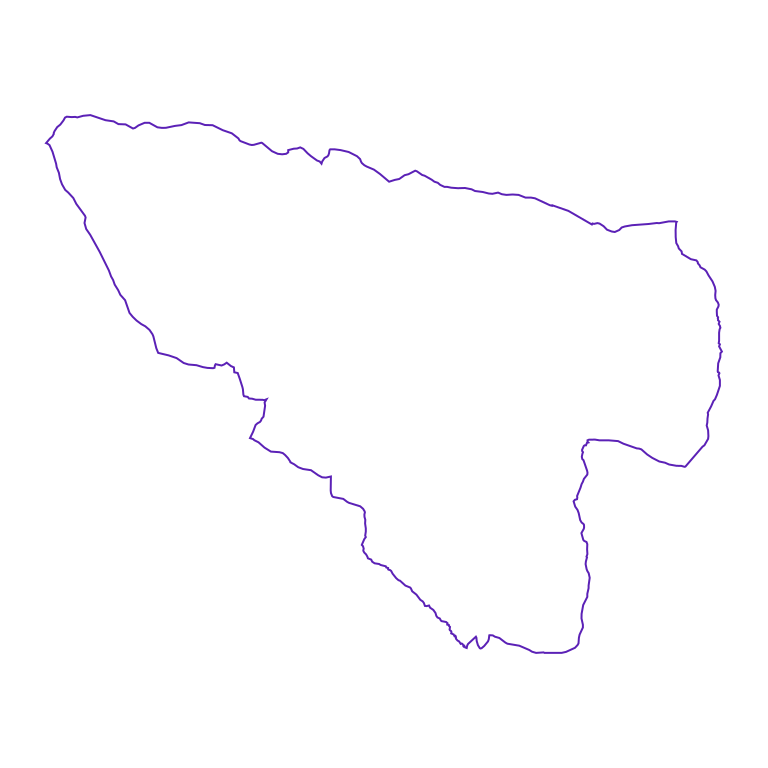 outline of Barsau, Satu Mare, Romania
{"feature_id": "2599482B93689648054040", "entity_name": "Barsau", "entity_type": "district", "adm_level": 2, "iso_a3": "ROU", "parent_name": "Romania", "parent_adm1": "Satu Mare", "projection": "albers", "projection_center": [23.225, 47.589], "detail": "fine", "context": "isolated", "style": "outline", "palette": "violet", "viewbox_px": 768, "rotation_deg": 0, "n_neighbors": 0, "source": "geoboundaries", "source_scale": "gbopen_adm2", "svg_char_len": 6093}
<svg xmlns="http://www.w3.org/2000/svg" viewBox="0 0 768 768"><path d="M587.0,557.3L586.5,556.7L587.4,554.1L587.1,549.4L587.3,544.2L586.5,542.0L584.2,540.9L583.3,539.9L581.4,533.1L583.8,528.8L584.1,527.3L584.0,524.9L583.5,524.0L581.6,522.5L580.2,520.1L578.7,513.1L577.5,509.9L575.2,506.6L573.6,501.3L574.9,499.8L577.0,499.2L577.3,497.6L577.1,496.0L580.5,487.7L581.6,484.1L582.9,481.7L583.9,478.9L587.3,474.6L587.5,472.7L587.1,470.7L583.5,460.2L582.3,459.1L581.8,456.8L582.4,453.8L583.0,452.2L582.1,450.9L582.1,449.8L583.8,446.0L584.6,445.3L586.0,445.3L586.9,442.9L588.3,442.5L587.5,441.7L587.5,440.3L588.9,439.7L595.0,439.6L599.3,440.3L608.3,440.3L618.1,441.1L623.4,443.7L636.8,448.4L639.1,448.6L641.4,449.4L647.2,454.5L652.3,457.9L659.3,461.5L665.0,462.7L669.1,464.5L676.5,465.8L681.4,465.9L684.5,466.8L685.4,466.6L702.5,446.7L704.4,445.3L708.1,438.9L708.4,436.1L708.1,430.3L706.7,425.5L707.3,422.7L707.5,418.5L708.1,414.3L707.7,412.8L711.1,406.4L713.5,400.9L715.0,399.3L716.9,394.9L719.9,385.9L719.9,380.0L718.5,375.4L719.4,373.2L719.1,372.6L718.0,372.2L717.7,371.3L718.2,363.3L720.3,357.3L720.4,353.2L721.9,351.6L719.1,346.4L719.9,344.3L718.7,343.2L719.1,340.9L719.1,332.7L719.6,329.3L720.4,327.8L720.1,327.2L720.1,326.2L718.7,323.9L719.5,321.7L718.0,320.2L718.1,319.1L717.8,318.4L718.1,317.3L717.0,315.8L716.8,311.8L716.8,309.6L718.4,306.5L718.7,304.8L717.9,302.5L716.0,300.1L715.4,298.2L715.2,295.0L715.6,290.9L714.8,286.8L712.5,281.4L708.6,275.5L706.4,271.4L704.7,269.6L700.5,267.3L699.6,265.3L697.9,263.4L697.8,262.2L696.4,260.4L690.9,259.2L682.0,253.9L681.6,251.4L678.8,248.5L678.1,246.2L676.3,243.1L675.7,237.1L675.6,230.0L676.2,222.6L676.7,221.9L674.9,221.4L668.8,221.4L659.1,223.2L656.8,223.0L648.5,224.0L632.0,225.2L624.7,226.5L621.7,227.5L619.3,230.0L614.8,232.0L611.7,231.5L607.0,229.7L603.6,226.2L599.6,223.6L597.4,223.1L594.0,223.9L592.5,223.5L591.9,224.5L568.4,210.9L552.3,205.3L552.1,205.8L549.8,205.2L535.0,198.3L531.0,197.6L525.5,197.6L518.6,194.9L512.6,194.5L506.4,194.9L501.8,194.2L498.1,192.6L492.4,193.8L488.8,193.5L482.8,192.0L475.0,191.0L471.6,189.3L465.0,188.0L457.9,188.2L451.2,187.7L447.3,186.9L444.5,186.9L440.2,184.9L437.8,182.8L434.4,181.7L431.7,179.7L424.6,175.7L422.2,175.0L416.9,171.3L415.2,170.7L408.5,174.2L404.6,175.2L399.2,179.0L394.8,179.9L389.1,181.7L380.0,174.0L373.9,169.6L366.6,166.5L364.3,165.2L361.9,163.1L361.0,161.6L360.1,159.1L357.0,156.2L348.7,152.0L340.6,150.1L334.4,149.3L330.2,149.3L329.5,150.2L329.0,153.4L328.4,155.2L327.5,156.4L324.5,158.0L322.2,161.5L321.5,163.7L319.7,161.5L317.0,160.5L310.9,156.1L307.6,153.3L303.4,148.9L300.2,147.4L297.1,148.5L293.8,148.7L288.2,150.1L288.2,152.4L286.2,153.8L282.2,154.3L277.7,153.8L272.0,151.2L262.2,143.0L261.3,142.7L253.9,144.8L251.8,145.0L249.4,144.5L240.5,141.1L239.5,140.3L238.4,138.4L231.8,133.3L222.8,130.2L212.6,125.2L204.9,125.0L199.8,123.2L188.7,122.4L181.4,125.1L175.0,125.9L165.9,127.8L162.0,127.9L157.4,127.3L149.3,122.8L144.6,122.8L138.5,125.4L135.0,127.9L133.0,128.5L125.6,124.4L118.4,124.1L113.7,121.4L105.5,120.2L90.4,115.1L83.2,115.8L77.3,117.4L75.2,116.9L71.6,117.1L66.8,116.7L65.0,117.6L63.5,120.4L60.3,124.6L57.2,127.1L54.5,131.2L53.7,133.1L53.8,133.9L52.4,136.4L49.9,138.6L46.1,143.1L47.4,143.6L49.5,145.1L52.5,151.7L56.1,163.7L56.7,167.3L58.9,172.8L60.1,179.1L62.0,184.3L65.2,189.9L68.2,192.5L73.3,198.0L76.3,203.9L85.0,215.8L85.6,217.5L84.5,223.0L86.2,229.0L90.2,234.8L99.7,251.9L108.9,270.5L111.1,276.5L113.1,280.0L114.7,284.6L118.2,290.2L120.3,294.8L125.1,300.2L129.5,312.9L132.7,316.8L136.5,320.5L141.3,324.1L145.3,326.3L149.5,329.9L152.5,334.3L153.4,336.5L156.3,348.2L158.2,352.9L168.7,355.4L176.6,358.1L183.7,363.0L188.5,364.5L196.5,365.2L202.9,367.1L207.4,367.9L213.1,368.2L214.5,367.8L214.9,365.5L215.6,364.2L221.6,365.5L224.2,364.4L226.7,362.7L231.0,366.1L233.9,367.4L234.3,372.3L237.7,373.0L239.8,378.9L242.4,387.1L242.9,389.2L243.4,394.7L244.0,396.2L247.7,396.9L249.0,398.5L252.1,398.7L255.6,399.7L262.7,399.8L264.2,400.2L266.5,399.3L264.6,402.5L265.1,405.7L263.5,416.7L261.7,418.7L261.0,420.6L259.9,422.0L257.5,423.3L255.6,425.0L253.1,431.7L250.0,438.1L253.1,439.1L254.3,440.2L258.5,442.3L264.5,447.6L270.9,451.6L279.5,452.2L282.8,453.1L285.1,455.0L287.9,458.0L290.4,461.8L290.4,462.3L294.2,464.3L298.2,467.2L303.0,469.0L311.0,470.2L318.1,475.2L322.1,477.3L325.9,477.6L330.9,476.5L330.7,490.6L331.0,493.2L332.2,496.2L333.3,497.0L343.3,498.9L347.2,501.9L349.1,502.9L360.2,506.3L363.1,508.8L364.6,511.3L364.9,512.3L364.4,514.5L364.5,516.9L365.3,519.8L365.1,523.5L365.8,528.4L365.8,531.6L365.2,535.6L365.8,537.1L364.3,539.1L361.8,544.9L363.0,546.2L363.7,548.7L363.3,550.2L363.5,551.2L364.3,552.6L366.1,554.4L367.4,556.7L367.9,558.3L371.2,559.6L372.2,561.7L374.6,563.3L379.1,564.0L380.7,565.0L385.8,566.3L386.3,567.5L388.1,568.0L388.1,569.2L388.4,569.6L390.1,570.1L391.2,571.0L392.6,573.7L396.2,578.2L398.5,580.2L400.0,580.7L405.4,585.6L410.1,587.5L410.9,588.4L412.2,591.3L416.4,594.6L420.3,599.8L422.7,601.4L423.9,603.0L424.9,605.9L426.6,606.1L429.0,605.5L430.1,607.7L433.3,609.9L435.5,613.0L436.3,615.8L437.5,617.5L439.8,618.5L440.8,620.4L441.5,621.1L446.1,622.0L447.5,623.2L447.2,624.2L447.3,624.7L448.8,624.9L449.1,626.1L450.0,626.9L449.6,629.6L450.0,630.3L451.1,631.1L451.5,632.3L451.2,633.4L453.7,634.5L454.5,636.2L455.4,635.8L455.8,636.4L455.7,637.0L456.0,637.5L455.8,638.0L456.1,638.9L457.6,640.6L459.1,641.4L460.7,643.9L461.7,643.5L462.5,644.0L463.1,645.0L463.9,645.4L463.4,646.2L463.7,646.7L464.7,646.6L465.1,647.4L466.7,648.0L467.2,645.6L468.0,644.0L475.9,636.7L476.4,637.7L476.7,641.0L477.9,645.1L479.8,648.2L480.4,648.5L481.6,648.2L484.2,646.0L488.0,641.4L488.8,639.2L489.3,635.3L489.9,635.2L492.8,635.4L494.9,636.7L499.4,638.0L505.4,642.6L507.4,643.7L519.3,645.7L529.3,650.0L532.0,651.7L536.1,652.9L543.6,652.4L544.5,652.9L561.5,652.9L566.0,651.9L575.0,647.8L577.6,645.0L578.5,643.4L578.9,637.8L579.6,634.6L582.9,627.5L582.9,624.8L581.5,618.4L581.6,613.8L583.2,605.0L587.3,596.9L587.3,593.9L588.6,588.1L588.6,585.5L589.7,577.8L588.7,573.2L587.4,571.1L586.6,569.1L585.6,564.1L585.9,561.4L587.0,557.3Z" fill="none" stroke="#5b21b6" stroke-width="2"/></svg>